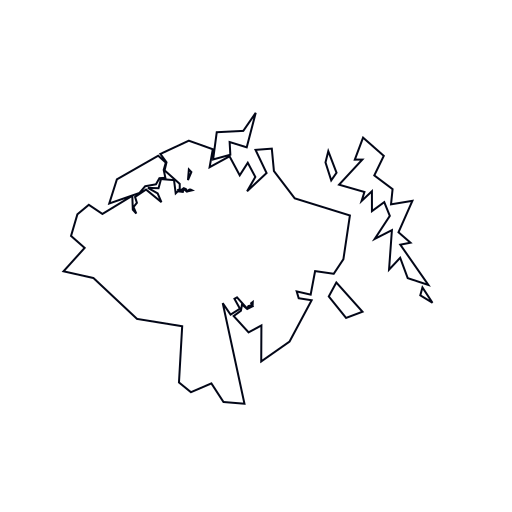 the district of Mkoani, Kusini-Pemba, United Republic of Tanzania, rotated 203°
{"feature_id": "72390352B13842693360807", "entity_name": "Mkoani", "entity_type": "district", "adm_level": 2, "iso_a3": "TZA", "parent_name": "United Republic of Tanzania", "parent_adm1": "Kusini-Pemba", "projection": "orthographic", "projection_center": [39.684, -5.384], "detail": "medium", "context": "isolated", "style": "outline", "palette": "ink", "viewbox_px": 512, "rotation_deg": 203, "n_neighbors": 0, "source": "geoboundaries", "source_scale": "gbopen_adm2", "svg_char_len": 1968}
<svg xmlns="http://www.w3.org/2000/svg" viewBox="0 0 512 512"><g transform="rotate(203 256 256)"><path d="M277.5,109.5L262.7,105.2L247.3,121.3L228.9,108.9L208.9,115.5L268.2,199.6L256.5,192.1L250.2,201.2L259.1,208.2L257.3,210.5L243.7,204.2L243.4,207.0L241.9,208.1L239.8,208.7L242.0,210.6L241.0,212.4L239.5,208.4L243.4,203.8L249.9,205.9L248.5,199.7L253.1,192.0L233.0,182.8L223.9,194.2L210.0,161.0L191.7,190.3L187.5,237.0L200.2,233.8L204.7,239.3L190.6,241.8L195.7,265.2L177.5,270.0L174.3,287.2L185.4,330.0L242.9,324.2L272.7,341.2L283.4,361.0L297.9,353.5L278.7,336.5L289.5,312.1L287.5,328.5L300.0,338.6L302.5,323.9L319.3,337.4L333.4,319.6L337.5,337.4L362.9,335.9L383.9,312.6L375.0,307.3L373.6,299.1L354.4,292.6L351.6,286.1L348.9,290.2L346.7,290.2L344.6,288.6L343.6,290.6L343.0,291.3L342.1,291.6L340.5,291.5L344.9,288.3L348.9,289.5L348.4,286.4L352.0,285.4L353.9,287.2L353.0,285.6L354.4,282.3L361.1,293.8L373.5,289.7L372.2,280.3L382.1,276.5L371.0,275.2L364.1,268.6L383.2,274.2L390.4,263.1L386.4,258.4L387.9,253.2L382.8,248.3L387.5,250.5L393.4,263.1L413.8,234.7L429.9,237.8L436.7,224.6L434.1,202.2L416.9,196.5L427.2,166.7L397.0,172.2L340.9,151.6L296.5,162.5L277.5,109.5ZM348.3,308.0L348.3,299.3L351.6,309.4L348.3,308.0ZM107.7,294.9L86.0,296.7L127.6,322.8L119.0,328.6L134.1,333.5L133.6,367.9L151.9,356.3L156.4,370.9L178.6,376.4L177.5,398.1L203.7,406.8L202.7,383.3L195.8,386.3L207.4,354.1L181.2,357.3L180.3,347.9L174.6,360.9L166.8,342.6L159.0,355.7L148.5,345.2L153.4,318.1L141.0,332.9L128.2,295.4L122.6,310.7L107.7,294.9ZM411.6,247.0L387.9,268.5L385.3,276.9L376.1,282.9L375.3,289.9L370.0,292.6L374.6,299.2L375.5,306.7L385.2,310.1L414.0,272.2L411.6,247.0ZM333.2,328.1L319.2,339.2L324.8,350.6L307.0,352.4L312.2,387.7L316.6,366.2L340.5,354.6L333.2,328.1ZM148.9,234.2L136.2,246.3L171.7,263.0L173.2,247.2L148.9,234.2ZM216.3,355.0L214.4,364.1L230.4,380.7L228.6,369.3L216.3,355.0ZM89.4,284.0L75.3,281.9L90.5,292.1L89.4,284.0Z" fill="none" stroke="#020617" stroke-width="2"/></g></svg>